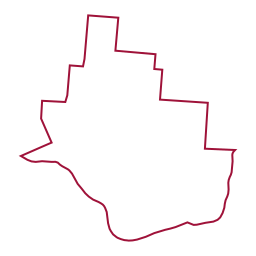 outline of Lawrence, Ohio, United States of America
{"feature_id": "52423323B32939129903827", "entity_name": "Lawrence", "entity_type": "district", "adm_level": 2, "iso_a3": "USA", "parent_name": "United States of America", "parent_adm1": "Ohio", "projection": "natural_earth1", "projection_center": [-82.537, 38.626], "detail": "fine", "context": "isolated", "style": "outline", "palette": "rose", "viewbox_px": 256, "rotation_deg": 0, "n_neighbors": 0, "source": "geoboundaries", "source_scale": "gbopen_adm2", "svg_char_len": 1128}
<svg xmlns="http://www.w3.org/2000/svg" viewBox="0 0 256 256"><path d="M88.2,15.4L84.5,59.0L83.0,66.4L69.8,65.4L67.3,95.3L65.3,102.0L42.1,100.8L41.1,118.6L51.6,142.6L44.2,145.8L20.9,156.0L27.4,159.8L31.5,161.4L35.7,161.9L42.1,161.2L51.9,161.9L55.4,161.8L57.8,162.6L59.9,164.6L62.2,166.2L67.9,169.3L69.3,170.4L72.0,173.6L77.7,183.9L81.8,188.8L85.3,193.3L88.8,196.6L93.1,199.6L96.3,201.0L98.6,202.0L100.9,203.3L102.8,204.6L104.1,206.1L105.1,207.9L106.7,212.0L108.1,223.3L109.6,228.8L110.9,231.2L113.1,234.4L116.5,237.1L117.6,237.8L120.8,239.1L124.3,240.1L127.2,240.4L128.7,240.6L132.6,240.4L136.9,239.6L137.0,239.6L145.8,236.8L154.3,233.1L165.2,229.8L170.3,228.6L174.8,227.3L175.5,227.1L187.4,222.4L193.6,224.9L196.8,224.7L205.5,222.8L213.4,221.6L217.6,219.8L220.2,217.4L222.6,213.0L224.3,207.8L224.8,203.8L225.6,200.2L227.3,196.4L228.2,193.6L228.6,189.5L228.3,182.8L228.7,180.0L229.8,176.9L230.8,174.9L231.6,172.3L232.6,161.3L232.3,155.0L232.5,153.6L233.4,151.8L235.1,150.0L204.9,148.7L207.8,102.8L160.0,99.6L162.3,69.7L154.3,69.0L155.5,54.2L115.4,50.7L118.3,17.7L88.2,15.4Z" fill="none" stroke="#9f1239" stroke-width="2"/></svg>